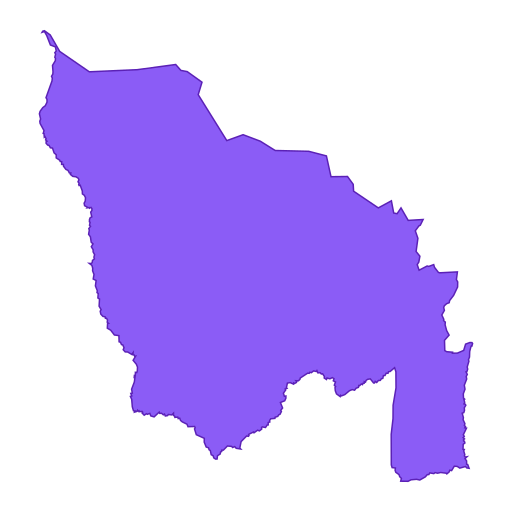 outline of Nakonde, Muchinga, Zambia
{"feature_id": "96606910B77888556336058", "entity_name": "Nakonde", "entity_type": "district", "adm_level": 2, "iso_a3": "ZMB", "parent_name": "Zambia", "parent_adm1": "Muchinga", "projection": "natural_earth1", "projection_center": [32.444, -9.465], "detail": "fine", "context": "isolated", "style": "filled", "palette": "violet", "viewbox_px": 512, "rotation_deg": 0, "n_neighbors": 0, "source": "geoboundaries", "source_scale": "gbopen_adm2", "svg_char_len": 5982}
<svg xmlns="http://www.w3.org/2000/svg" viewBox="0 0 512 512"><path d="M215.6,459.1L217.1,459.0L217.5,455.7L220.2,454.0L220.6,451.9L221.7,451.5L221.7,450.2L223.4,450.1L227.4,446.0L231.7,446.4L232.6,447.5L234.7,446.6L236.2,448.3L240.7,449.0L239.8,448.0L241.1,441.6L246.6,436.0L248.4,436.3L249.0,435.6L248.6,434.4L253.5,432.0L254.0,432.8L257.6,430.2L259.4,430.9L261.7,429.1L261.6,427.4L262.3,426.9L265.5,427.5L267.2,425.0L268.2,424.9L268.2,422.5L269.8,422.0L269.6,420.5L270.7,418.8L274.9,418.4L275.1,417.2L277.8,416.4L278.6,414.9L280.0,414.3L281.4,411.5L280.7,410.4L282.6,408.0L280.4,402.5L284.7,400.8L285.9,398.2L285.9,396.0L284.4,396.3L283.4,393.2L285.6,390.1L285.2,389.0L287.0,388.3L286.4,387.7L287.4,383.1L290.1,382.6L293.5,384.1L293.7,383.0L294.5,383.5L296.4,382.5L296.7,381.7L295.9,380.7L298.4,380.8L299.9,379.4L300.3,378.0L307.6,373.2L309.2,373.3L309.7,372.3L311.3,372.7L313.6,370.9L316.3,371.5L316.9,370.6L317.9,372.9L320.1,372.7L321.3,374.0L322.6,373.8L324.4,376.5L324.2,378.0L326.5,379.5L327.0,378.0L329.9,378.8L332.3,377.6L334.0,378.7L333.3,380.8L335.5,382.0L334.3,385.2L335.6,386.6L335.0,387.6L335.3,390.8L336.5,393.9L340.2,396.6L340.6,395.3L341.4,395.9L344.8,394.6L349.5,390.7L352.2,389.6L354.6,390.2L356.1,388.2L358.4,387.4L358.8,385.5L359.6,385.7L361.3,384.0L362.5,384.6L363.0,383.3L364.2,383.2L364.3,381.6L365.5,382.1L366.1,380.4L367.7,379.3L370.3,378.9L373.6,383.0L374.5,383.0L375.2,381.4L376.7,382.5L378.4,380.5L380.3,380.4L381.4,378.7L382.8,378.4L383.4,375.6L385.0,375.5L386.2,373.2L388.0,373.3L388.5,371.7L390.1,371.5L394.6,367.7L395.9,371.8L396.0,387.9L393.1,405.2L393.0,418.7L391.2,434.3L391.3,464.9L392.1,467.6L395.4,468.0L395.1,470.3L395.8,472.3L399.0,474.6L399.7,476.7L401.4,478.4L400.7,481.2L408.1,481.3L411.0,479.8L416.5,479.3L419.8,480.0L425.3,476.9L427.3,474.6L428.8,474.6L429.8,472.9L433.8,473.6L435.1,472.6L437.5,473.2L440.7,472.5L446.2,473.2L446.8,473.9L449.1,472.0L449.8,470.2L451.6,470.6L454.3,466.2L457.2,466.4L459.8,468.1L465.5,466.5L466.7,467.9L469.1,468.3L467.7,464.5L466.6,464.2L466.6,460.9L465.0,458.6L466.9,456.8L465.3,457.1L464.4,455.9L464.8,454.7L463.7,450.8L464.3,449.5L463.0,449.3L463.2,444.3L464.9,443.0L464.4,441.2L463.6,441.0L463.5,439.7L464.5,438.9L463.1,437.6L464.3,436.4L463.3,434.8L466.5,428.1L464.8,427.8L465.5,426.6L464.4,425.5L464.9,423.6L463.1,419.7L463.4,417.6L462.2,413.2L463.8,412.6L464.5,410.4L464.3,407.8L465.8,405.3L465.4,404.3L464.0,403.9L464.7,402.4L463.9,399.5L464.6,399.1L463.5,398.1L463.3,393.8L465.0,389.2L464.3,385.2L466.7,379.0L466.2,376.5L467.3,374.4L466.0,371.9L466.9,371.6L467.7,369.1L467.2,367.0L468.9,361.3L468.5,359.7L469.5,357.1L469.7,351.5L470.8,347.1L471.4,345.8L471.9,346.0L472.6,343.6L472.0,342.6L469.9,342.5L465.6,344.1L463.7,350.4L457.4,353.1L452.4,353.2L452.6,352.2L446.7,351.7L444.8,350.6L444.5,340.3L449.1,335.1L446.7,330.7L445.1,324.8L445.3,322.1L443.6,320.6L443.8,319.3L441.8,315.0L444.4,310.4L443.7,307.6L444.3,305.8L446.6,303.7L449.2,302.7L449.6,300.6L453.6,295.4L457.6,287.0L457.7,281.9L456.4,279.6L457.4,271.9L439.7,272.8L438.4,272.4L434.5,267.3L433.7,264.6L428.8,266.4L427.1,266.0L419.1,270.2L417.2,264.6L418.8,262.1L419.9,256.2L416.1,251.5L417.9,238.3L415.3,230.8L418.9,225.9L420.3,225.2L423.1,219.5L408.2,220.4L401.0,207.9L397.1,213.7L393.7,213.0L391.4,200.8L378.3,207.9L353.6,191.2L353.2,184.3L347.5,176.5L331.0,176.7L326.4,155.9L308.7,151.3L275.2,150.5L260.3,141.2L243.1,134.7L226.8,140.6L198.2,94.7L202.0,82.2L187.2,71.6L180.9,70.4L175.7,64.5L137.1,69.7L89.3,71.8L59.7,51.4L50.2,34.9L44.4,30.7L42.7,31.2L42.1,32.3L44.4,31.5L46.7,35.5L50.4,45.0L55.4,46.9L56.2,51.0L54.8,52.7L55.6,54.1L54.8,57.3L55.5,58.3L55.3,60.7L52.5,65.4L53.0,71.8L52.8,74.1L51.5,76.3L52.3,78.1L52.0,80.9L46.0,97.7L47.0,99.4L47.0,102.2L45.3,105.7L42.8,107.6L40.1,111.3L39.4,113.8L40.6,119.0L39.8,121.2L40.1,123.5L44.0,130.6L43.2,133.4L44.0,133.6L44.3,137.1L44.9,136.5L46.1,138.7L45.6,139.9L47.0,141.2L46.1,141.7L46.1,143.3L47.7,145.1L49.0,145.4L50.4,147.8L52.5,148.1L54.1,152.9L56.2,154.7L56.2,157.9L59.7,160.2L60.2,161.5L61.7,161.7L61.6,164.4L63.4,164.4L63.5,166.2L65.9,169.4L68.0,170.4L69.4,173.0L70.8,173.0L70.4,174.4L72.8,176.4L76.0,176.8L78.3,178.3L78.9,179.8L78.0,181.8L79.1,183.2L78.7,184.6L79.1,185.5L80.2,185.2L82.3,191.0L82.4,193.9L84.3,195.3L85.5,197.7L85.2,201.2L84.1,203.2L84.6,205.7L87.7,207.4L87.3,207.8L89.3,207.6L89.5,208.2L91.0,207.4L91.9,208.6L91.9,210.5L90.7,212.1L91.8,216.9L90.2,217.7L89.5,219.4L89.4,221.8L90.1,222.3L89.5,225.3L90.5,226.3L88.8,228.6L89.3,230.1L88.6,234.3L90.4,236.8L91.2,242.2L93.0,243.9L91.3,246.7L93.1,249.7L93.1,251.9L94.6,254.7L93.9,257.1L94.4,258.9L92.5,260.4L92.2,262.5L91.3,263.5L89.3,263.4L91.9,265.4L92.7,268.2L92.6,270.8L94.0,274.5L93.2,279.0L96.1,280.5L95.4,285.9L97.3,290.7L97.0,292.6L98.2,293.5L97.9,298.0L99.5,299.0L99.1,306.2L101.1,309.6L100.2,311.2L100.8,314.1L102.9,316.4L105.1,316.8L105.4,318.3L106.5,318.3L107.5,320.0L107.2,322.2L108.3,323.2L107.6,323.2L107.3,328.2L110.7,330.2L114.4,335.0L118.9,335.6L119.1,341.8L120.5,342.3L121.5,344.6L122.8,344.9L124.0,347.7L123.2,349.7L125.2,351.9L127.7,352.0L131.7,354.4L133.1,352.6L132.9,354.8L134.3,355.1L134.7,356.4L135.6,356.2L133.1,360.3L136.4,364.3L137.5,367.1L137.3,370.9L136.7,372.6L135.4,372.3L135.3,375.5L134.4,375.4L134.2,377.4L135.0,377.2L134.3,382.1L131.6,389.2L132.3,393.1L130.8,393.4L131.8,395.9L130.4,396.4L131.7,399.3L132.3,406.8L133.5,410.8L135.1,411.0L134.6,412.1L136.7,411.5L137.6,410.2L138.1,411.1L139.0,410.8L139.1,411.7L142.1,411.4L142.7,412.2L142.1,413.0L144.2,415.2L146.5,413.7L147.3,414.3L149.8,413.4L150.8,415.9L154.1,416.9L159.2,412.1L159.7,413.4L161.6,413.3L163.3,414.8L164.5,414.1L165.3,416.0L167.6,415.6L168.3,414.5L171.8,414.9L173.5,413.2L173.5,415.4L174.8,416.4L174.9,417.4L177.8,417.1L178.2,418.6L179.7,418.2L180.5,420.4L182.3,421.9L187.0,424.2L188.0,426.7L194.6,426.5L195.2,427.8L194.5,428.9L196.3,434.7L204.3,438.3L204.2,442.1L206.2,447.0L208.5,447.8L209.1,449.8L210.3,450.5L211.2,454.7L213.1,455.7L213.8,457.9L215.6,459.1Z" fill="#8b5cf6" stroke="#5b21b6" stroke-width="1.5"/></svg>